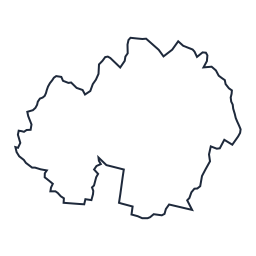 outline of Nova Petrópolis, Rio Grande do Sul, Brazil
{"feature_id": "56859067B53198529950841", "entity_name": "Nova Petrópolis", "entity_type": "district", "adm_level": 2, "iso_a3": "BRA", "parent_name": "Brazil", "parent_adm1": "Rio Grande do Sul", "projection": "equal_earth", "projection_center": [-51.1, -29.372], "detail": "fine", "context": "isolated", "style": "outline", "palette": "slate", "viewbox_px": 256, "rotation_deg": 0, "n_neighbors": 0, "source": "geoboundaries", "source_scale": "gbopen_adm2", "svg_char_len": 1843}
<svg xmlns="http://www.w3.org/2000/svg" viewBox="0 0 256 256"><path d="M27.3,111.8L28.2,116.1L31.5,124.5L30.6,129.8L26.6,130.0L24.0,131.8L21.7,131.2L18.7,130.7L17.9,134.7L20.3,142.9L18.0,147.8L15.4,147.1L16.6,152.1L19.2,156.3L23.8,159.9L25.9,162.9L32.1,167.6L35.0,167.6L40.6,169.3L43.8,169.9L46.8,170.4L44.8,173.3L44.7,177.3L46.8,178.9L52.8,183.8L51.0,187.6L50.4,191.3L55.4,191.3L57.7,192.9L60.8,196.3L63.9,198.3L63.6,202.8L79.5,204.0L84.2,204.3L85.4,199.2L91.4,200.1L93.0,194.2L93.3,190.9L92.0,187.4L94.0,185.5L96.2,177.2L98.1,173.9L94.1,169.5L96.5,166.0L100.8,164.1L98.9,160.8L98.5,157.5L106.4,165.1L123.8,169.5L122.6,177.5L120.3,194.3L119.0,202.8L121.7,203.6L132.6,206.5L131.5,214.5L137.7,216.2L142.2,218.2L147.6,218.2L150.1,217.2L153.7,214.2L161.8,215.3L164.5,213.9L165.9,209.0L169.1,204.5L192.1,209.9L187.2,200.3L189.4,198.0L191.4,192.3L194.4,188.7L197.3,188.5L200.2,186.2L202.0,176.0L205.6,169.2L210.0,161.3L209.0,154.4L210.8,146.4L216.8,148.7L219.8,148.3L224.3,139.8L232.3,144.7L238.1,136.5L240.1,132.9L240.6,129.3L239.2,125.9L237.1,121.3L235.7,117.9L234.8,114.0L233.2,108.7L232.7,104.6L231.2,101.6L230.7,97.5L231.6,93.8L231.9,90.4L228.9,88.3L225.6,84.1L224.8,80.1L221.9,78.1L218.7,75.7L215.9,70.4L211.6,66.7L203.5,67.4L206.9,61.1L207.4,55.4L205.9,52.7L202.6,52.4L197.0,56.9L194.5,51.6L192.6,49.5L183.2,45.8L178.2,41.3L172.2,49.7L163.5,56.4L158.7,49.8L146.1,38.7L142.4,39.0L137.1,38.5L130.5,37.8L128.5,40.0L127.5,44.6L127.7,53.3L125.4,56.6L124.7,60.9L120.2,67.5L110.3,58.0L107.8,56.6L105.2,57.1L102.5,60.8L99.0,64.4L98.5,73.9L95.9,79.7L92.8,84.1L90.3,91.0L85.0,94.5L82.6,90.0L76.6,87.9L71.1,82.5L68.4,82.9L63.0,80.8L61.3,76.9L56.2,76.1L53.9,77.7L52.2,80.3L49.9,83.2L48.0,86.6L46.8,90.0L46.0,93.0L44.7,95.9L42.6,97.6L39.9,98.6L37.8,101.7L37.1,104.8L35.4,107.9L32.9,110.2L27.3,111.8Z" fill="none" stroke="#1e293b" stroke-width="2"/></svg>